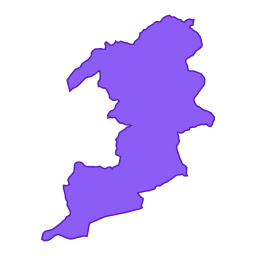 Nova Iguaçu, Rio de Janeiro, Brazil
{"feature_id": "56859067B7760625819134", "entity_name": "Nova Iguaçu", "entity_type": "district", "adm_level": 2, "iso_a3": "BRA", "parent_name": "Brazil", "parent_adm1": "Rio de Janeiro", "projection": "natural_earth1", "projection_center": [-43.514, -22.696], "detail": "fine", "context": "isolated", "style": "filled", "palette": "violet", "viewbox_px": 256, "rotation_deg": 0, "n_neighbors": 0, "source": "geoboundaries", "source_scale": "gbopen_adm2", "svg_char_len": 4249}
<svg xmlns="http://www.w3.org/2000/svg" viewBox="0 0 256 256"><path d="M214.3,119.7L214.3,117.0L212.7,115.0L211.1,113.0L208.4,111.6L205.6,110.6L203.0,109.6L201.6,108.7L199.7,107.2L197.3,106.3L195.9,104.9L194.9,102.8L193.9,100.8L194.1,98.4L195.2,96.8L196.4,95.3L197.7,93.5L199.1,91.5L200.7,89.3L202.3,87.1L204.4,84.4L204.6,82.3L204.8,79.4L203.8,77.1L202.0,75.0L200.5,73.6L198.8,72.9L197.2,72.4L195.3,71.6L192.9,71.0L190.6,71.1L188.7,70.7L187.6,68.3L187.6,66.0L186.4,64.1L185.6,61.2L186.1,59.4L187.8,58.1L189.6,57.2L190.8,56.0L192.7,55.5L194.3,53.6L195.7,51.4L197.9,49.8L200.1,48.1L201.7,46.7L202.2,44.2L201.4,42.0L201.2,39.8L200.2,37.0L198.4,34.4L197.3,32.9L195.6,31.6L193.7,30.5L191.4,28.6L189.4,26.9L190.6,25.7L193.0,25.0L193.8,19.4L191.9,20.0L190.4,19.2L188.3,19.3L186.1,20.4L184.0,22.1L182.2,21.4L180.9,19.8L178.3,19.4L176.2,18.2L174.5,17.1L171.8,17.1L169.4,15.4L166.2,16.3L164.1,17.5L162.7,18.5L161.6,20.4L159.8,22.2L157.7,21.6L155.5,22.0L153.5,23.9L151.6,25.1L149.0,26.6L147.4,28.1L145.6,29.7L143.6,29.8L142.2,32.1L140.1,33.0L139.9,35.8L138.3,38.9L136.6,40.1L135.1,41.3L133.7,44.1L131.8,44.5L129.5,44.0L127.3,43.0L125.1,42.8L123.1,42.0L120.5,41.3L117.9,42.8L115.8,41.1L115.0,42.8L113.6,44.3L112.0,45.2L110.1,45.1L108.1,43.2L106.0,41.9L104.9,43.7L105.7,46.3L105.3,49.1L103.2,49.4L100.9,48.6L99.2,48.8L97.2,49.1L95.2,49.1L93.0,50.7L91.4,53.0L91.4,55.8L89.6,58.0L88.1,59.9L86.1,60.8L84.1,62.3L81.7,64.1L80.5,67.0L78.3,68.3L76.1,69.1L74.6,70.3L73.0,72.3L71.0,74.7L69.5,77.0L68.2,78.5L67.1,80.1L69.9,91.1L73.0,88.2L75.0,87.5L77.0,86.4L78.7,84.9L80.8,82.8L82.7,80.8L84.0,79.6L86.0,77.7L88.0,76.9L90.0,76.7L91.5,76.0L93.0,75.3L95.1,74.0L97.2,72.2L99.5,70.6L100.2,73.3L100.2,76.9L100.0,79.6L98.3,81.6L98.1,84.1L98.5,86.4L100.4,86.6L102.7,88.0L105.3,88.1L106.8,90.1L109.3,94.8L109.5,97.7L111.8,99.6L113.8,100.5L116.0,99.8L117.9,99.7L119.3,100.9L117.5,103.1L115.9,105.2L114.9,108.8L113.6,109.8L112.1,110.7L110.4,111.2L108.8,113.3L107.7,115.2L108.0,118.0L110.1,116.9L112.2,117.8L114.7,117.3L116.7,119.5L117.9,121.3L119.9,123.0L122.2,123.3L124.1,123.9L126.0,124.8L128.8,124.9L131.1,125.6L129.0,126.9L126.9,127.2L124.9,129.2L122.1,130.9L119.5,132.7L118.9,134.5L118.0,137.0L115.8,139.6L117.1,141.8L116.0,145.0L116.6,146.9L117.1,148.8L115.9,150.6L115.8,152.7L116.0,154.6L120.6,156.6L120.2,158.5L119.7,160.6L119.3,162.8L118.6,164.9L115.8,166.2L113.4,167.1L112.2,169.0L110.8,167.1L107.9,167.3L105.5,168.8L102.7,168.1L100.3,166.4L98.2,166.5L96.1,167.1L93.8,166.6L91.4,166.7L89.4,166.7L87.0,166.7L84.4,165.7L82.6,163.2L80.9,162.4L78.7,162.0L76.6,162.5L75.0,163.6L74.5,165.8L74.4,167.9L74.2,170.1L73.8,172.0L72.2,174.1L70.7,175.9L69.2,177.4L67.9,179.9L68.8,182.5L69.4,184.5L67.0,185.7L63.5,185.3L63.5,187.9L64.4,191.5L65.3,195.1L65.4,197.3L66.0,199.6L67.5,201.8L67.0,205.1L68.7,208.0L69.8,210.2L70.4,212.5L70.2,214.5L68.6,215.9L66.5,216.9L65.4,219.1L62.9,221.1L61.6,222.4L60.1,223.9L58.2,225.2L56.4,226.7L54.4,228.1L52.5,229.4L50.0,230.2L47.6,230.8L44.9,231.5L43.5,232.8L42.6,235.8L41.7,239.2L44.1,240.6L46.3,240.6L48.2,240.2L50.0,239.4L51.6,238.2L53.5,236.6L55.7,235.2L58.1,234.5L60.2,235.1L62.0,235.8L63.6,236.6L65.4,237.4L68.1,238.4L70.7,239.0L72.9,238.6L74.8,238.1L77.3,237.5L79.8,236.9L81.5,236.5L83.4,236.0L85.4,236.0L87.0,236.4L87.6,233.2L88.0,231.2L89.4,223.3L101.2,218.2L103.0,217.5L105.6,216.4L116.5,214.3L118.6,213.8L121.7,213.2L126.5,212.2L140.1,208.7L142.3,207.6L141.1,205.6L142.1,203.5L142.8,200.9L143.1,198.6L140.8,196.9L139.0,194.9L137.7,193.1L139.3,192.5L141.1,192.1L143.1,191.6L145.1,191.2L146.8,190.9L148.9,190.7L151.3,189.9L153.1,189.5L154.7,188.9L155.8,186.6L157.7,185.6L159.8,185.9L161.9,184.6L163.9,183.1L165.7,182.5L167.5,181.7L169.0,180.3L171.2,179.2L173.1,177.7L174.9,176.2L177.3,175.0L179.9,174.8L182.4,174.1L184.4,175.9L187.3,175.7L186.4,173.9L186.4,171.1L186.8,167.6L185.4,165.8L183.1,164.7L181.9,163.0L180.7,160.3L179.7,158.0L179.0,155.6L178.1,152.8L176.8,149.2L176.5,146.2L178.1,144.0L179.4,141.1L178.7,138.5L178.5,136.2L177.7,134.6L177.7,132.4L181.0,133.0L183.2,132.4L185.1,130.7L187.4,130.0L189.1,130.0L190.0,127.6L192.3,127.2L194.2,127.1L195.9,126.6L197.7,125.3L199.7,125.0L201.8,124.2L203.7,124.8L206.1,124.0L208.5,125.9L210.7,126.6L212.3,124.6L212.9,122.1L214.3,119.7Z" fill="#8b5cf6" stroke="#5b21b6" stroke-width="1.5"/></svg>